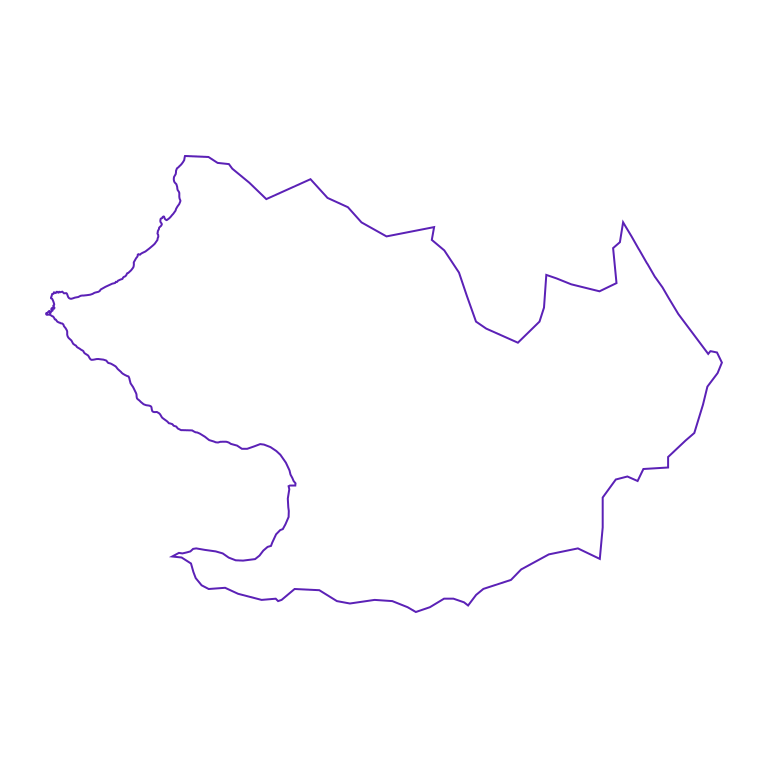 outline of Anse La Verdue, Anse-la-Raye, Saint Lucia
{"feature_id": "8701671B11621920628841", "entity_name": "Anse La Verdue", "entity_type": "district", "adm_level": 2, "iso_a3": "LCA", "parent_name": "Saint Lucia", "parent_adm1": "Anse-la-Raye", "projection": "orthographic", "projection_center": [-61.06, 13.91], "detail": "fine", "context": "isolated", "style": "outline", "palette": "violet", "viewbox_px": 768, "rotation_deg": 0, "n_neighbors": 0, "source": "geoboundaries", "source_scale": "gbopen_adm2", "svg_char_len": 5946}
<svg xmlns="http://www.w3.org/2000/svg" viewBox="0 0 768 768"><path d="M623.1,222.3L619.9,242.2L613.1,248.1L616.5,283.1L599.5,291.3L571.2,284.3L556.5,278.4L546.3,274.9L544.0,307.6L539.5,321.6L517.9,342.7L486.2,328.6L476.0,321.6L466.9,296.0L459.0,272.6L444.3,250.4L431.8,239.9L434.1,227.1L386.5,236.4L361.5,222.4L347.9,207.2L327.5,197.9L310.5,179.2L266.3,199.1L249.3,182.7L232.3,168.7L228.9,164.1L217.6,162.9L208.5,157.0L185.0,156.0L184.7,157.1L184.2,160.1L183.0,162.1L181.6,164.0L180.6,165.1L179.2,166.4L178.5,167.2L177.3,168.1L176.9,168.5L176.0,170.9L176.0,172.2L175.7,174.1L174.1,176.8L173.9,177.7L173.8,178.6L173.8,179.8L174.2,181.6L174.9,182.7L176.0,183.8L176.4,184.3L177.2,187.0L177.3,188.3L177.6,189.9L178.6,191.4L179.1,192.3L179.3,193.1L179.3,196.7L179.5,198.2L179.8,199.2L180.2,200.0L180.4,200.6L180.3,201.4L179.2,204.1L177.5,206.4L176.1,208.8L175.8,209.8L175.5,210.7L173.1,214.0L172.3,214.8L170.5,217.0L169.2,218.3L167.1,219.9L166.5,220.1L166.1,219.9L165.2,219.2L164.7,218.5L164.1,216.7L163.7,216.5L163.1,216.7L162.7,217.0L162.4,217.5L162.1,218.1L161.9,218.2L160.9,218.6L160.7,218.8L160.5,219.5L160.3,221.0L160.6,222.2L161.6,223.5L161.8,224.3L161.7,224.7L161.1,225.8L159.8,227.0L159.2,227.6L159.0,228.2L159.0,228.9L157.8,231.2L157.8,232.2L157.5,233.1L157.5,233.7L158.1,234.6L158.2,235.1L158.3,236.8L157.7,238.2L157.4,240.0L154.7,243.8L153.0,245.4L149.3,248.5L145.4,251.5L142.2,253.0L140.9,253.8L140.3,254.3L140.1,254.6L139.4,254.6L138.5,254.2L137.8,254.6L137.6,256.1L137.4,256.6L136.1,258.2L133.8,262.3L133.8,263.6L133.9,264.0L133.7,266.0L133.4,267.1L133.2,267.5L132.2,268.9L131.0,270.4L128.3,272.9L127.9,273.1L127.4,273.1L127.2,273.4L126.8,273.9L126.6,274.6L126.3,275.0L125.6,276.0L124.7,276.6L124.3,276.7L123.7,277.0L123.1,277.6L122.4,278.9L121.7,279.2L121.1,279.3L119.7,279.9L118.5,280.5L118.0,280.7L117.3,281.6L116.8,282.0L115.8,281.9L115.6,282.2L115.4,282.6L115.0,283.0L112.2,283.7L105.5,286.8L100.7,289.5L99.7,291.0L98.4,291.8L95.1,292.6L94.1,293.0L92.6,293.9L90.2,294.7L86.7,295.2L83.8,295.5L82.4,295.5L80.6,295.8L79.8,296.2L78.3,297.0L77.2,297.2L75.0,297.6L72.7,298.4L71.1,298.8L70.0,298.6L68.9,298.0L68.1,296.9L67.1,294.1L66.8,293.6L66.4,293.2L65.9,293.2L64.0,293.3L62.3,291.7L60.3,292.2L59.8,292.2L59.6,291.9L59.3,291.8L59.1,291.8L58.6,292.1L58.6,292.5L58.4,292.6L57.4,291.9L57.1,291.9L57.2,292.3L56.1,292.4L55.7,293.0L55.2,292.9L54.6,292.5L54.0,292.4L53.7,293.0L53.7,293.5L53.4,293.8L52.5,293.9L52.2,294.0L52.1,294.3L51.6,296.1L51.0,297.7L51.0,298.1L51.1,298.3L51.7,298.5L52.2,298.9L52.5,299.5L53.3,301.3L54.1,303.8L54.2,304.6L54.0,305.1L53.6,305.3L53.3,305.7L53.3,306.1L53.8,306.5L54.1,307.5L54.4,307.8L54.3,308.3L54.1,308.6L53.8,308.8L53.5,308.8L53.3,308.6L53.0,308.1L52.8,307.8L52.2,308.0L51.7,308.3L51.5,308.6L51.3,309.3L51.4,309.5L51.7,309.7L52.6,310.1L52.6,310.3L52.6,310.5L52.4,310.7L51.5,311.2L51.2,311.6L50.6,312.6L50.4,313.1L50.1,313.2L49.9,312.9L49.7,312.4L49.7,311.8L49.8,311.4L49.6,311.1L49.2,311.0L48.2,311.9L47.2,313.0L46.5,313.0L46.2,313.4L46.1,313.9L46.2,314.2L46.5,314.6L47.0,314.8L48.8,314.6L49.5,314.7L49.9,314.8L51.6,315.7L52.0,316.1L53.2,316.6L54.0,317.7L54.8,319.3L55.4,319.6L55.6,319.5L56.0,319.8L56.8,321.0L57.4,321.7L58.9,322.5L59.9,322.7L60.2,322.9L60.4,323.2L62.2,323.5L63.3,324.4L63.7,325.4L63.9,326.1L64.2,326.5L65.6,328.2L66.7,330.1L67.1,331.1L67.2,331.6L67.2,334.7L67.6,336.2L68.0,337.0L68.5,337.8L69.0,338.3L71.4,340.5L72.8,343.1L73.2,343.8L74.8,345.0L75.8,345.5L76.2,345.9L76.6,346.6L77.3,347.3L79.7,348.7L81.2,349.8L82.7,350.6L83.4,351.2L83.8,352.1L84.4,353.0L85.0,353.5L87.2,354.9L88.1,355.5L88.5,356.1L89.9,358.6L90.7,359.4L91.4,359.8L92.3,359.8L93.3,359.7L95.0,359.4L96.3,359.1L98.2,359.0L102.2,359.5L103.3,359.6L105.5,360.3L106.3,360.6L107.9,362.6L108.4,363.0L110.2,363.4L111.2,363.8L113.5,365.1L115.5,366.3L116.2,367.0L117.7,369.0L120.3,371.3L121.0,371.9L121.5,372.6L122.8,373.7L125.0,375.0L127.3,376.1L127.9,376.2L128.6,376.6L129.4,378.5L129.6,379.6L130.6,383.4L133.1,387.1L135.9,392.8L136.3,393.8L136.5,394.7L136.6,396.4L136.8,397.7L137.0,398.3L137.5,399.0L139.4,400.5L141.2,402.3L142.5,403.3L143.5,404.2L145.3,404.9L146.2,405.2L149.1,405.6L150.0,405.9L150.8,406.3L151.2,406.7L151.5,407.5L151.8,409.5L152.2,410.9L152.5,411.3L153.0,411.7L153.5,411.9L154.2,412.1L156.9,412.0L159.0,413.2L160.1,414.3L162.0,417.5L163.2,418.5L166.8,421.1L168.0,422.2L168.8,423.2L170.4,423.5L172.4,424.2L173.6,425.7L176.3,426.6L177.8,428.5L181.0,430.1L192.1,430.4L194.3,431.7L195.6,432.3L197.3,432.5L199.8,433.6L205.0,436.8L207.5,438.8L209.2,440.1L213.8,441.5L215.8,442.3L218.0,442.5L220.4,441.8L224.9,441.7L226.6,441.8L228.7,442.5L230.9,443.9L237.1,445.6L241.9,448.8L247.2,448.8L254.4,446.3L260.2,444.1L264.0,444.6L270.5,447.1L276.3,451.0L280.4,454.8L285.9,462.7L289.5,470.4L290.5,474.6L292.4,478.1L293.6,481.0L295.5,483.3L295.3,485.5L290.0,485.5L288.6,486.2L289.3,489.2L287.8,498.6L288.3,507.3L288.8,511.0L288.6,517.0L285.4,524.4L282.8,529.1L280.2,530.1L276.1,534.3L272.2,542.7L271.0,545.9L267.6,546.9L263.3,550.6L259.5,555.6L255.1,559.1L243.1,560.6L235.7,560.3L228.7,557.6L222.7,553.4L215.7,551.4L204.9,549.9L196.2,548.4L193.1,548.9L190.4,551.4L186.8,552.4L182.5,553.4L178.9,552.9L172.2,556.5L181.6,557.5L191.0,563.5L193.4,572.0L195.7,578.1L201.6,585.3L208.7,589.0L225.1,587.8L238.1,593.8L261.6,599.9L275.7,598.7L278.1,601.1L281.6,599.9L294.6,589.0L319.3,590.2L336.9,601.1L349.9,603.5L374.6,599.9L392.3,601.1L407.6,607.2L415.8,612.0L429.9,607.2L444.0,598.7L453.5,598.7L464.0,602.3L468.1,605.5L476.1,594.9L483.4,588.9L511.0,579.9L521.2,569.4L548.8,554.4L577.9,548.4L599.8,558.9L602.7,527.4L602.7,497.5L615.8,479.5L627.4,476.5L637.6,481.0L643.4,469.0L668.1,467.5L668.1,457.0L685.6,440.5L694.3,433.0L703.0,404.6L707.4,386.6L717.6,373.1L721.9,362.6L717.0,352.5L712.8,351.6L710.7,351.2L710.4,351.2L708.2,353.9L678.3,314.0L668.6,297.9L662.5,287.4L655.3,277.3L655.0,277.0L647.5,264.0L646.9,263.2L639.0,249.4L638.8,249.2L631.6,236.5L625.1,225.7L623.1,222.3Z" fill="none" stroke="#5b21b6" stroke-width="2"/></svg>